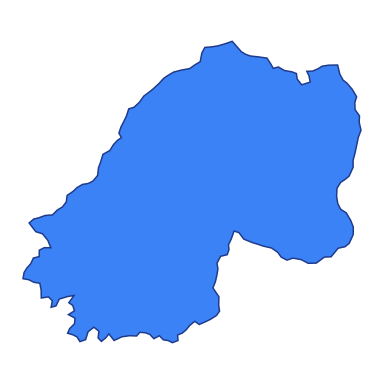 outline of Araçoiaba da Serra, São Paulo, Brazil
{"feature_id": "56859067B80681232985550", "entity_name": "Araçoiaba da Serra", "entity_type": "district", "adm_level": 2, "iso_a3": "BRA", "parent_name": "Brazil", "parent_adm1": "São Paulo", "projection": "albers", "projection_center": [-47.659, -23.543], "detail": "fine", "context": "isolated", "style": "filled", "palette": "blue", "viewbox_px": 384, "rotation_deg": 0, "n_neighbors": 0, "source": "geoboundaries", "source_scale": "gbopen_adm2", "svg_char_len": 2335}
<svg xmlns="http://www.w3.org/2000/svg" viewBox="0 0 384 384"><path d="M337.6,65.0L328.3,65.2L322.1,66.2L318.2,68.7L312.6,71.1L306.8,71.3L309.0,75.7L310.2,82.1L301.7,84.8L297.2,79.1L296.4,73.5L291.8,71.8L284.4,70.5L278.3,67.0L273.3,68.4L270.3,63.2L267.0,58.1L258.6,56.9L250.4,56.0L245.6,54.3L241.3,51.7L237.3,47.1L232.2,41.3L226.0,43.5L218.2,45.8L211.5,46.9L204.9,47.4L201.9,52.8L200.2,61.7L195.3,64.6L189.6,68.6L181.7,70.0L173.6,72.1L167.5,75.7L163.5,78.5L158.8,83.7L153.0,89.0L149.3,92.0L143.8,96.1L139.4,102.3L134.0,107.3L128.8,108.8L126.5,115.9L123.8,121.5L121.0,126.9L118.9,133.1L121.4,137.6L117.5,140.3L113.5,144.6L109.8,150.5L103.0,154.3L100.5,162.3L98.5,167.7L97.6,175.5L92.9,181.1L88.2,183.5L82.5,184.4L77.0,187.6L73.2,191.3L67.1,195.4L66.3,201.9L62.4,207.0L57.2,210.1L52.5,214.9L45.1,215.5L38.5,217.9L33.8,219.0L29.1,223.0L35.8,231.7L42.5,233.8L47.8,240.3L50.8,247.7L44.2,247.7L39.3,250.2L39.2,256.6L33.4,258.0L30.7,263.8L27.2,267.6L24.1,272.4L23.0,278.7L28.7,279.7L34.2,282.4L39.8,283.2L41.1,289.8L41.3,298.0L48.5,296.9L52.3,300.8L51.1,307.3L56.0,305.9L59.3,299.0L67.9,296.5L74.0,295.5L68.8,302.7L72.7,305.4L74.5,310.8L68.4,314.6L75.0,318.1L74.5,323.7L69.6,328.7L67.6,333.3L72.7,334.7L77.0,336.9L79.9,341.6L85.6,339.7L88.1,331.7L93.9,327.2L98.9,331.2L98.1,337.9L101.4,341.4L105.5,338.1L108.9,333.9L114.1,340.5L121.8,336.8L129.7,335.7L136.5,336.0L139.9,332.3L145.4,332.8L149.8,334.4L153.9,338.7L159.4,335.7L163.3,339.8L168.3,340.6L172.4,342.7L178.0,340.5L177.6,335.0L182.3,333.1L185.9,330.1L189.6,325.6L194.7,321.3L199.2,324.5L204.9,322.0L210.5,319.3L216.5,315.5L219.6,311.0L218.7,305.4L218.9,296.8L212.9,287.9L215.4,281.7L216.9,275.1L217.9,268.9L217.0,263.2L220.6,256.3L227.2,254.7L229.0,249.6L228.5,244.7L231.2,239.1L234.1,231.0L239.0,232.7L243.8,239.1L252.1,242.5L257.7,244.2L263.2,246.1L271.5,248.0L277.7,252.3L281.2,257.1L287.0,260.1L292.9,258.1L301.1,259.6L308.2,263.3L316.3,263.1L324.4,257.1L331.1,256.8L338.2,248.2L345.1,246.7L349.3,243.2L353.2,234.6L353.3,227.1L350.8,220.6L346.3,212.9L340.7,209.3L337.8,203.7L336.6,196.4L337.0,188.2L340.8,182.2L344.9,179.6L349.1,176.1L353.1,167.3L353.1,160.3L355.1,152.7L357.0,143.6L358.3,137.4L361.0,130.2L359.2,122.4L359.5,115.9L355.1,109.7L354.8,102.8L356.6,96.7L352.2,89.3L347.0,83.2L343.0,80.0L339.8,74.1L337.6,65.0Z" fill="#3b82f6" stroke="#1e3a8a" stroke-width="1.5"/></svg>